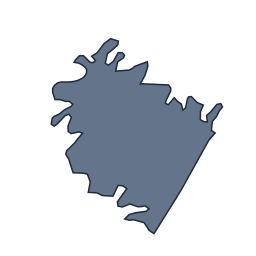 Maximiliano de Almeida, Rio Grande do Sul, Brazil (Robinson projection), rotated 307°
{"feature_id": "56859067B14232975960576", "entity_name": "Maximiliano de Almeida", "entity_type": "district", "adm_level": 2, "iso_a3": "BRA", "parent_name": "Brazil", "parent_adm1": "Rio Grande do Sul", "projection": "robinson", "projection_center": [-51.805, -27.596], "detail": "fine", "context": "isolated", "style": "filled", "palette": "slate", "viewbox_px": 256, "rotation_deg": 307, "n_neighbors": 0, "source": "geoboundaries", "source_scale": "gbopen_adm2", "svg_char_len": 1757}
<svg xmlns="http://www.w3.org/2000/svg" viewBox="0 0 256 256"><g transform="rotate(307 128 128)"><path d="M106.8,52.6L110.0,57.1L111.7,62.2L113.9,65.1L113.7,69.6L111.1,69.6L104.3,66.3L97.7,64.7L92.9,62.0L90.2,61.6L84.9,64.3L85.1,68.0L89.1,69.1L100.0,70.4L103.4,72.5L102.6,76.3L93.2,79.0L89.2,82.4L89.3,86.0L95.3,91.1L96.5,94.9L89.2,94.3L84.1,94.4L72.9,92.7L69.6,94.1L67.4,99.5L59.2,111.1L64.9,119.2L66.7,123.3L62.2,130.3L52.7,135.0L57.5,142.3L58.6,148.1L64.5,157.0L76.2,154.6L78.7,158.7L78.9,163.5L62.5,164.0L59.6,167.1L61.6,171.1L68.6,175.3L70.9,183.0L72.9,185.6L76.1,188.4L76.1,193.3L72.5,192.7L64.8,185.0L59.6,181.0L53.4,180.1L55.0,184.3L58.3,188.1L62.1,197.9L58.9,206.6L59.3,212.3L100.9,208.7L111.9,207.6L139.5,203.7L166.9,199.9L176.5,200.6L176.2,196.0L184.1,191.4L190.4,191.8L196.6,190.6L201.7,190.8L203.3,187.4L200.4,184.8L190.0,184.3L185.3,183.2L180.7,187.7L178.8,185.1L178.2,180.7L184.7,176.0L191.6,174.4L190.0,168.0L191.2,159.7L189.3,157.6L186.8,158.0L178.8,161.9L175.3,161.1L179.2,156.2L179.1,151.0L180.0,146.7L170.8,146.2L170.2,143.0L173.3,141.7L183.2,139.9L185.7,138.0L186.8,134.5L173.9,115.7L170.7,111.3L180.2,109.9L184.3,108.5L189.3,106.6L192.5,103.6L186.0,99.3L181.2,96.2L178.3,95.7L174.8,94.0L173.1,91.9L166.0,84.0L174.4,79.9L181.2,82.1L184.1,81.5L184.7,78.1L182.2,74.8L172.3,76.2L166.4,74.5L166.0,70.9L174.9,66.8L183.4,69.0L188.4,69.8L191.6,68.0L188.8,60.3L184.1,59.0L180.8,58.1L169.5,58.1L163.4,55.8L162.3,61.4L159.2,60.8L157.7,58.2L158.9,49.1L156.5,45.7L151.6,45.1L148.0,45.4L150.2,49.7L150.8,53.3L150.7,56.9L149.8,59.8L147.0,61.7L143.6,62.3L140.3,61.6L136.7,59.8L133.7,57.7L130.1,54.3L126.6,49.7L124.6,47.0L121.7,44.6L118.1,43.7L114.3,44.0L111.3,46.2L108.8,49.7L106.8,52.6Z" fill="#64748b" stroke="#1e293b" stroke-width="1.5"/></g></svg>